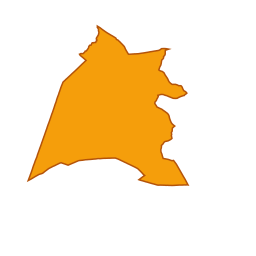 Mosop, Rift Valley, Kenya, rotated 294°
{"feature_id": "3690345B59171839823035", "entity_name": "Mosop", "entity_type": "district", "adm_level": 2, "iso_a3": "KEN", "parent_name": "Kenya", "parent_adm1": "Rift Valley", "projection": "orthographic", "projection_center": [35.043, 0.418], "detail": "fine", "context": "isolated", "style": "filled", "palette": "amber", "viewbox_px": 256, "rotation_deg": 294, "n_neighbors": 0, "source": "geoboundaries", "source_scale": "gbopen_adm2", "svg_char_len": 5742}
<svg xmlns="http://www.w3.org/2000/svg" viewBox="0 0 256 256"><g transform="rotate(294 128 128)"><path d="M216.6,133.1L216.0,130.6L215.6,129.5L215.4,129.0L215.2,128.5L214.8,127.7L214.3,126.6L214.0,126.3L212.8,125.6L212.1,125.2L211.7,124.8L211.1,124.1L210.4,123.0L210.1,122.5L209.7,122.0L209.1,121.0L207.7,118.9L207.4,118.5L207.2,118.1L206.6,117.2L206.4,116.9L206.1,116.5L205.0,114.9L204.5,114.1L204.1,113.5L203.9,113.2L203.4,112.5L203.1,112.0L202.9,111.7L202.4,110.9L202.1,110.4L201.4,109.3L200.5,107.9L200.3,107.6L200.0,107.1L198.8,104.8L198.6,104.4L198.3,103.7L197.9,103.0L197.7,102.6L197.4,102.0L196.9,101.1L196.6,100.5L196.3,100.0L196.0,99.3L195.6,98.4L197.1,96.2L198.7,94.0L199.1,93.5L200.6,91.9L201.3,90.7L201.5,90.1L201.8,89.5L203.2,85.9L203.5,85.3L203.6,84.7L204.0,83.7L204.2,83.2L204.2,82.3L204.2,81.6L204.4,81.1L205.1,80.5L205.4,79.1L205.8,75.9L205.9,74.5L206.0,74.1L206.0,73.7L206.3,71.6L206.3,71.1L206.8,68.1L206.9,67.6L207.0,67.2L207.6,64.2L208.2,61.8L208.6,58.7L208.3,58.9L207.7,58.8L207.1,59.5L206.7,60.3L206.3,60.7L206.0,61.0L205.5,61.2L205.1,61.3L204.6,61.6L204.2,62.0L203.9,62.3L203.4,62.6L202.6,62.7L202.1,62.9L201.6,62.9L201.1,63.1L200.5,63.0L200.1,63.0L199.6,62.8L199.1,62.9L198.5,62.7L198.0,62.6L197.5,62.6L197.0,62.6L196.6,62.8L196.4,63.4L195.8,63.3L195.4,63.5L195.3,63.9L194.9,64.0L194.5,63.7L193.9,63.6L193.0,63.7L192.5,62.7L192.2,62.1L191.7,61.8L191.6,61.3L191.4,60.8L190.9,60.5L190.3,60.5L189.8,60.5L189.3,60.6L188.8,60.6L188.4,60.2L188.3,59.6L188.0,59.4L187.5,59.3L186.8,59.0L186.1,59.1L185.4,59.3L184.5,59.3L183.8,59.1L183.3,59.0L182.9,58.9L182.4,58.8L181.7,58.7L181.2,58.4L181.1,58.0L180.8,57.6L180.3,57.6L179.8,57.6L179.3,57.4L179.0,57.2L178.5,57.1L178.0,57.0L177.7,56.5L177.2,55.9L177.2,55.4L176.8,55.0L176.7,54.5L176.2,54.2L175.7,53.7L174.9,54.8L174.0,58.0L172.7,62.2L168.4,60.4L168.0,60.2L167.5,60.0L163.7,58.5L160.5,57.2L158.1,56.2L154.7,54.7L152.9,54.0L151.3,53.3L149.9,52.7L148.9,52.3L148.5,52.1L148.0,51.9L147.2,51.5L146.7,51.3L146.3,51.2L144.7,50.5L144.0,50.2L143.5,50.0L143.1,50.0L141.1,50.1L140.5,50.1L139.7,50.1L138.3,50.2L137.9,50.2L136.8,50.3L136.0,50.4L133.9,50.6L132.0,50.7L131.5,50.8L130.6,50.9L129.4,51.0L128.7,51.0L128.3,51.0L126.1,51.2L124.8,51.3L124.3,51.4L123.9,51.5L122.2,51.7L120.0,51.8L116.5,52.2L111.1,52.7L110.0,52.7L105.1,53.2L100.0,53.6L99.2,53.6L95.5,53.9L94.8,54.0L94.0,54.1L93.2,54.1L92.6,54.2L91.9,54.2L91.2,54.3L90.7,54.3L90.1,54.4L89.6,54.4L89.1,54.5L88.3,54.5L87.7,54.6L86.7,54.7L86.2,54.7L85.7,54.7L85.0,54.8L84.1,54.9L83.4,54.9L82.4,55.0L81.7,55.1L81.1,55.1L80.5,55.2L79.5,55.2L78.8,55.3L77.9,55.4L77.4,55.4L76.9,55.5L76.3,55.5L75.5,55.6L75.0,55.6L74.4,55.6L73.5,55.7L73.1,55.7L72.3,55.8L71.4,55.9L70.7,55.9L69.9,56.0L69.3,56.0L68.6,56.1L67.9,56.1L67.4,56.2L66.6,56.2L64.8,56.5L61.6,56.6L60.8,56.6L59.2,56.7L58.8,56.8L58.1,56.8L57.5,56.9L56.9,56.9L54.9,57.0L54.3,57.1L53.9,57.1L52.9,57.2L51.4,57.4L47.7,57.7L46.1,57.8L45.4,57.8L44.7,57.9L39.4,58.2L41.9,60.2L45.8,62.9L49.4,65.6L50.8,67.2L51.1,67.6L51.4,67.9L52.2,68.6L54.6,69.8L56.4,70.8L58.9,72.2L60.7,73.7L62.6,75.2L63.1,75.7L63.6,76.2L65.1,77.4L65.5,77.7L65.9,78.1L66.9,78.9L67.3,79.3L67.7,79.5L68.7,80.6L69.1,81.0L69.1,82.0L69.3,83.4L69.3,84.0L69.4,84.6L69.5,86.2L69.7,88.4L70.9,89.5L73.5,91.9L74.0,92.4L75.1,93.4L77.6,95.7L78.1,96.2L78.5,96.8L80.1,99.6L81.2,101.3L81.5,101.7L82.4,103.4L82.6,103.8L82.9,104.3L84.2,106.8L85.7,109.4L86.6,111.1L87.9,113.1L88.6,114.9L89.8,117.0L90.1,117.6L90.5,118.3L91.7,120.9L92.4,122.2L93.3,124.2L93.6,124.7L94.0,125.6L94.2,126.0L94.4,126.5L95.1,128.0L95.4,128.6L95.6,131.4L95.6,131.9L95.6,132.5L95.5,135.0L95.5,136.8L95.4,138.7L95.4,140.3L95.4,141.0L95.3,141.7L95.3,143.0L95.3,143.6L95.3,144.1L95.2,146.9L95.1,149.9L94.9,153.0L94.8,153.6L94.5,154.3L93.8,156.3L93.6,156.8L93.4,157.3L92.5,159.5L92.3,160.1L91.9,160.6L91.4,162.5L88.7,160.9L85.2,159.0L85.3,160.5L85.7,162.9L85.8,163.6L85.9,164.4L86.1,166.2L86.4,167.8L86.6,169.6L87.0,172.5L87.4,174.8L87.6,176.4L87.7,177.1L87.8,177.8L88.1,178.9L88.4,179.5L88.9,180.5L89.6,182.2L90.7,184.9L90.9,185.5L91.2,186.3L91.8,187.5L92.0,188.0L92.1,188.5L92.7,189.8L93.4,191.6L94.5,193.8L95.6,195.9L96.7,198.0L97.5,199.8L97.7,200.2L97.9,200.7L98.6,202.0L99.2,203.3L99.6,204.3L99.9,204.7L100.3,205.6L100.4,206.0L104.2,201.2L106.6,197.8L114.6,186.9L116.9,182.8L116.0,181.5L115.7,177.7L115.1,175.0L114.5,172.5L116.5,170.7L117.9,169.6L119.5,167.9L121.5,166.8L123.4,166.5L124.5,166.2L125.7,165.6L127.1,166.3L128.7,166.6L129.3,166.7L129.8,166.8L130.7,167.3L131.2,168.0L131.6,168.6L132.6,169.9L134.1,171.1L134.5,171.4L135.3,171.9L136.3,172.4L137.4,171.7L138.6,170.7L139.7,170.6L140.5,170.1L141.4,169.5L143.2,169.6L144.9,168.9L146.1,168.6L147.7,169.4L148.3,169.6L148.8,169.9L149.2,168.3L149.7,166.7L150.5,165.3L152.1,163.6L153.8,162.0L155.7,160.6L156.6,159.6L157.1,158.7L157.4,158.1L157.7,156.7L158.1,155.1L158.4,153.4L158.9,151.2L158.9,148.1L159.0,145.8L159.4,145.4L160.4,143.9L161.3,142.5L162.7,142.1L164.6,142.7L166.2,142.6L167.8,142.8L169.1,142.8L170.0,142.0L170.3,142.5L171.1,143.3L171.4,143.6L172.3,144.9L172.9,146.5L173.0,148.6L173.3,150.3L173.3,152.3L173.4,154.4L173.5,157.2L174.3,159.3L175.1,160.8L176.7,162.0L177.6,162.8L178.5,163.7L179.6,164.9L180.1,165.4L180.5,166.1L181.8,166.5L182.8,167.2L183.8,167.6L184.6,165.9L184.8,163.8L185.8,162.4L187.3,160.9L188.1,159.6L187.9,158.4L187.3,157.2L187.4,155.4L187.2,153.6L186.5,152.1L185.8,150.6L186.1,148.9L186.7,147.2L187.3,146.2L187.8,145.7L188.2,145.1L188.6,144.8L189.4,143.8L190.2,142.5L190.9,141.4L191.7,140.1L193.0,138.6L193.6,136.5L193.3,134.1L193.6,132.5L195.0,132.4L196.7,132.2L198.8,132.4L200.8,132.0L202.5,131.5L203.9,131.2L205.1,131.8L206.5,132.0L207.8,131.4L209.1,132.0L210.8,131.9L212.5,131.1L214.2,130.5L215.4,131.8L216.6,133.1Z" fill="#f59e0b" stroke="#b45309" stroke-width="1.5"/></g></svg>